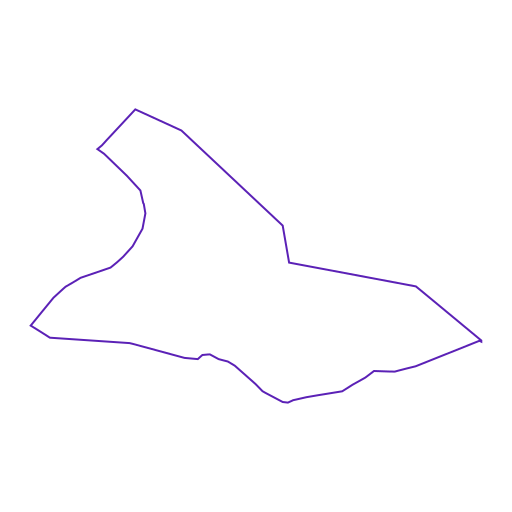 Summersdale, Castries, Saint Lucia (orthographic projection)
{"feature_id": "8701671B83159323008867", "entity_name": "Summersdale", "entity_type": "district", "adm_level": 2, "iso_a3": "LCA", "parent_name": "Saint Lucia", "parent_adm1": "Castries", "projection": "orthographic", "projection_center": [-60.977, 14.026], "detail": "fine", "context": "isolated", "style": "outline", "palette": "violet", "viewbox_px": 512, "rotation_deg": 0, "n_neighbors": 0, "source": "geoboundaries", "source_scale": "gbopen_adm2", "svg_char_len": 1005}
<svg xmlns="http://www.w3.org/2000/svg" viewBox="0 0 512 512"><path d="M481.3,341.7L481.3,340.5L426.1,294.8L415.9,286.4L322.7,268.9L289.1,262.6L282.7,225.6L181.4,130.5L135.3,109.4L117.8,128.2L106.5,140.3L105.8,141.1L101.9,145.4L97.4,149.1L104.1,153.8L126.9,175.8L140.4,190.5L143.2,203.0L143.8,204.0L145.2,212.3L145.4,213.3L144.6,217.6L142.5,228.7L132.6,246.3L125.0,254.7L123.3,256.6L121.9,257.9L116.9,262.4L113.0,265.6L110.5,267.6L80.6,277.8L72.0,283.0L65.6,286.7L63.1,288.9L53.5,297.7L41.3,312.6L30.7,325.6L40.5,331.7L49.9,337.7L129.6,343.1L132.5,343.8L184.5,357.9L197.8,359.1L201.0,356.2L202.4,355.0L207.8,354.5L209.9,354.4L218.6,359.1L222.7,360.2L227.8,361.5L234.8,365.7L255.6,384.1L262.5,391.2L265.3,392.8L282.7,402.0L287.9,402.6L291.9,400.8L293.1,400.2L296.3,399.5L306.4,397.2L318.7,395.1L323.7,394.3L342.2,391.3L352.6,384.7L365.3,377.6L374.0,371.0L388.7,371.5L394.8,371.6L398.1,370.7L401.2,369.9L406.6,368.5L415.6,366.3L479.4,340.8L481.3,341.7Z" fill="none" stroke="#5b21b6" stroke-width="2"/></svg>